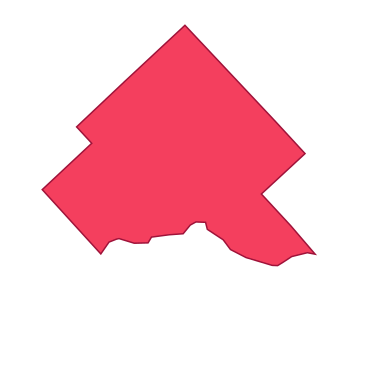 outline of Tazewell, Illinois, United States of America, rotated 228°
{"feature_id": "52423323B60966771956899", "entity_name": "Tazewell", "entity_type": "district", "adm_level": 2, "iso_a3": "USA", "parent_name": "United States of America", "parent_adm1": "Illinois", "projection": "albers", "projection_center": [-89.62, 40.534], "detail": "fine", "context": "isolated", "style": "filled", "palette": "rose", "viewbox_px": 384, "rotation_deg": 228, "n_neighbors": 0, "source": "geoboundaries", "source_scale": "gbopen_adm2", "svg_char_len": 570}
<svg xmlns="http://www.w3.org/2000/svg" viewBox="0 0 384 384"><g transform="rotate(228 192 192)"><path d="M320.6,298.3L319.2,216.4L317.9,160.9L317.6,149.8L295.3,150.1L294.0,82.3L207.0,82.8L210.3,96.8L207.7,103.8L207.5,104.3L206.2,106.6L192.6,114.8L183.6,125.3L185.6,131.7L175.5,146.4L166.9,157.5L168.6,168.6L167.1,174.9L160.4,181.8L154.0,178.4L135.6,183.2L123.5,182.1L107.1,188.3L83.8,202.5L80.0,206.4L78.8,213.0L77.3,222.9L69.7,237.1L63.4,241.9L100.9,242.8L144.1,242.2L144.9,301.7L188.5,301.2L320.6,298.3Z" fill="#f43f5e" stroke="#9f1239" stroke-width="1.5"/></g></svg>